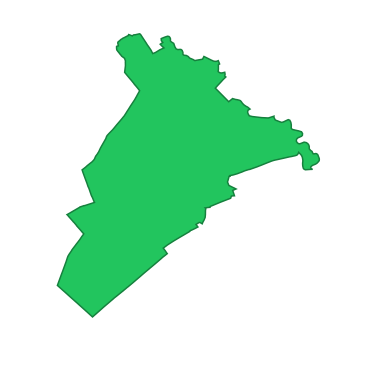 Uliesti, Dâmbovita, Romania, rotated 14°
{"feature_id": "2599482B47598366841918", "entity_name": "Uliesti", "entity_type": "district", "adm_level": 2, "iso_a3": "ROU", "parent_name": "Romania", "parent_adm1": "Dâmbovita", "projection": "robinson", "projection_center": [25.414, 44.587], "detail": "fine", "context": "isolated", "style": "filled", "palette": "green", "viewbox_px": 384, "rotation_deg": 14, "n_neighbors": 0, "source": "geoboundaries", "source_scale": "gbopen_adm2", "svg_char_len": 5645}
<svg xmlns="http://www.w3.org/2000/svg" viewBox="0 0 384 384"><g transform="rotate(14 192 192)"><path d="M303.6,140.8L302.8,140.7L302.0,140.4L301.6,140.1L301.2,139.4L301.2,138.8L301.7,138.0L302.6,136.9L304.7,135.4L305.6,134.6L306.4,133.7L306.6,133.3L307.5,131.7L307.8,130.9L307.7,129.8L307.4,128.8L306.8,127.9L306.0,126.8L305.2,125.6L304.6,125.1L303.5,124.7L302.6,124.8L301.4,125.4L300.3,125.6L298.8,123.9L298.7,123.6L297.1,123.0L295.5,121.9L295.1,121.1L294.9,119.9L294.1,118.3L292.6,117.0L290.8,116.4L288.7,116.5L286.8,117.9L284.7,119.3L283.4,119.2L282.2,118.7L281.0,117.5L280.7,116.3L280.8,115.5L281.0,114.8L281.8,113.7L284.8,111.4L285.4,110.3L285.1,108.5L283.7,107.1L280.7,106.9L277.3,107.0L274.2,107.0L272.9,106.2L272.1,102.8L271.0,100.4L269.5,98.7L267.9,98.5L266.4,99.7L263.6,102.0L262.0,102.8L255.4,102.0L253.4,99.7L253.2,98.6L248.2,101.7L241.5,103.0L232.2,104.2L229.1,104.2L227.4,102.4L226.7,101.2L226.5,99.9L226.7,98.9L228.2,97.5L225.8,96.3L224.5,95.9L223.4,95.7L222.7,95.4L221.4,94.9L220.7,94.5L219.6,93.8L218.7,93.1L218.1,92.5L217.2,91.9L216.5,91.6L215.7,91.5L212.9,91.5L212.4,91.7L210.7,91.6L209.4,91.6L208.8,91.5L205.8,95.5L189.5,85.6L191.1,82.5L193.3,78.6L194.9,75.6L197.0,72.2L195.7,71.6L195.6,69.7L194.8,67.9L192.2,69.3L190.5,69.6L189.0,69.2L188.2,68.8L187.9,66.4L186.8,62.1L187.8,61.1L185.7,58.2L184.8,58.9L184.0,59.3L183.1,59.6L182.3,59.7L181.2,59.8L180.3,59.6L179.0,59.4L175.9,58.7L170.8,57.6L170.1,60.6L164.9,62.9L163.0,63.8L161.0,63.2L157.2,62.6L155.7,61.5L153.5,60.9L151.2,61.2L150.6,61.1L149.9,60.6L149.4,58.7L148.2,57.0L147.0,56.4L145.9,56.5L143.9,57.2L142.1,57.1L140.3,55.3L138.3,52.2L135.5,51.3L134.5,50.6L134.1,48.7L133.2,47.4L132.1,46.7L130.8,46.7L129.7,47.3L127.7,48.6L125.8,50.0L125.0,50.6L125.6,52.5L127.5,54.0L125.4,56.3L127.2,57.5L129.9,59.0L129.5,59.3L129.4,59.4L127.2,61.2L126.5,61.7L122.8,65.5L120.4,67.2L118.2,64.6L117.7,64.1L116.7,63.2L115.9,62.5L114.8,61.5L113.0,60.0L111.7,58.7L108.1,55.4L106.7,54.1L105.5,53.0L104.6,52.1L103.9,51.6L103.2,51.2L102.8,51.2L102.6,51.3L98.8,53.2L98.1,53.4L97.5,53.6L97.2,53.9L96.9,54.2L96.6,54.5L96.4,54.8L96.3,55.0L94.9,54.8L94.0,54.7L93.5,54.6L92.4,54.6L92.4,55.6L91.6,56.2L89.0,58.5L88.4,59.0L87.6,59.6L87.1,60.3L86.2,61.1L86.0,61.4L85.9,61.6L85.7,61.9L85.4,62.3L85.4,62.5L85.2,62.7L84.9,63.1L84.5,63.5L84.2,63.9L84.0,64.3L83.9,64.5L83.9,64.8L83.9,65.2L84.0,65.5L84.2,66.0L84.3,66.2L84.8,67.1L85.2,68.0L84.8,68.3L84.5,68.4L84.2,68.5L83.9,68.7L83.6,69.0L84.0,70.7L84.2,71.2L84.4,71.8L84.8,72.5L85.5,73.0L85.9,73.4L87.0,74.2L88.0,75.0L89.4,76.1L90.0,76.4L90.6,77.0L90.9,77.2L91.1,77.3L94.2,78.6L94.8,79.5L95.2,80.2L95.5,80.5L95.7,81.0L96.0,82.5L96.2,83.0L96.4,84.0L96.5,84.3L96.7,84.8L97.0,86.6L97.7,92.2L100.5,94.3L104.2,97.0L106.2,98.4L107.9,99.7L109.0,100.5L110.1,101.5L111.6,102.5L114.2,104.4L115.2,105.2L116.7,106.4L116.1,108.7L115.6,110.5L115.0,112.9L114.6,114.3L114.4,115.0L114.1,116.2L111.6,123.2L110.4,126.9L109.5,129.5L108.9,131.4L107.7,134.9L107.6,135.1L107.2,135.8L106.2,138.0L103.8,142.8L102.8,144.8L101.0,148.6L99.8,151.1L99.4,151.7L97.3,155.3L96.1,157.5L95.9,158.0L95.6,159.2L95.5,160.9L92.6,171.2L91.7,175.8L91.2,177.1L91.0,177.9L90.3,179.6L89.9,180.5L89.7,181.5L89.5,182.8L89.3,183.9L89.2,184.2L88.3,185.9L87.3,187.6L87.1,187.7L85.3,190.0L85.1,190.4L84.8,190.7L84.0,191.7L83.7,192.2L82.7,193.7L81.3,195.5L80.8,196.1L80.6,196.4L80.0,197.1L81.6,199.6L84.9,204.5L88.0,209.0L89.7,211.7L91.1,213.4L95.1,219.6L96.1,220.8L96.6,221.3L98.9,224.5L99.9,225.7L96.9,227.6L94.3,229.2L92.4,230.4L91.1,231.2L90.6,231.3L88.1,232.9L86.7,233.8L86.6,234.2L86.2,234.5L76.2,244.2L76.8,244.5L77.6,245.1L78.8,246.0L81.9,248.1L82.9,248.8L83.3,249.0L83.9,249.6L84.2,249.7L84.9,250.1L87.9,252.3L88.4,252.8L89.0,253.2L91.8,255.1L92.7,255.7L95.3,257.6L97.1,258.8L96.7,259.9L95.9,261.8L95.5,262.9L95.2,263.7L94.7,265.2L94.4,265.9L93.9,267.0L93.4,268.2L93.0,269.1L92.4,270.4L91.8,271.9L90.2,275.6L90.1,275.8L89.3,277.8L89.4,278.0L89.2,278.5L89.1,278.8L88.6,280.0L88.5,280.4L88.1,281.3L87.7,282.6L87.4,283.5L87.2,284.3L87.1,284.9L87.0,285.8L86.8,288.6L86.7,290.2L86.5,292.0L86.3,293.9L86.3,294.1L86.0,296.7L85.6,300.7L85.3,303.0L85.1,304.8L84.0,315.2L99.7,323.5L113.0,330.5L125.7,337.3L132.8,327.0L133.8,325.5L135.3,323.4L141.9,314.1L142.2,313.6L144.1,311.2L150.9,302.1L152.3,300.1L152.7,299.7L154.6,297.1L159.9,289.7L160.1,289.4L165.9,281.2L169.6,276.1L170.7,274.6L174.9,268.8L178.4,263.8L179.5,262.2L181.0,260.3L182.9,257.8L182.3,257.3L182.2,257.3L180.4,255.6L179.9,255.2L177.7,253.4L181.0,249.3L186.3,243.7L190.2,239.8L194.8,235.3L199.5,230.7L199.5,230.0L199.7,229.8L200.0,229.6L200.6,229.3L204.1,226.4L206.2,224.5L203.7,222.5L206.3,219.9L207.0,219.6L209.6,220.4L209.8,218.9L210.5,216.2L210.9,213.5L210.5,210.8L209.5,206.4L209.4,204.6L208.7,204.2L209.9,203.7L211.4,203.1L213.2,202.5L213.1,201.8L213.2,201.6L222.1,195.0L231.0,188.7L231.2,186.4L232.8,185.8L234.1,185.4L231.1,180.6L234.0,178.4L226.2,176.7L224.0,173.7L224.1,172.4L224.2,167.9L225.1,167.5L224.8,166.9L227.8,165.5L231.7,163.2L233.4,162.0L235.5,160.6L238.0,158.7L241.6,156.5L242.6,156.1L249.4,151.6L251.6,150.0L251.8,149.9L258.0,145.4L260.3,143.8L261.2,143.1L263.1,141.9L264.7,141.0L268.0,139.4L268.6,139.1L272.4,137.2L277.9,134.4L280.4,133.3L281.5,132.7L283.2,131.9L283.3,131.8L284.0,131.4L284.5,131.1L284.9,130.8L285.2,130.3L285.5,129.8L285.7,128.9L285.8,128.7L285.9,128.0L285.9,127.7L286.1,127.8L286.7,128.3L287.1,128.5L287.5,128.7L288.2,129.1L289.2,129.9L289.7,130.4L290.4,131.2L291.2,132.8L291.5,133.5L291.9,134.5L292.1,135.4L292.2,135.9L292.3,137.1L292.6,138.2L293.1,139.8L293.8,141.2L294.3,142.1L294.9,142.6L295.9,142.9L296.6,143.0L301.2,141.5L303.6,140.8Z" fill="#22c55e" stroke="#15803d" stroke-width="1.5"/></g></svg>